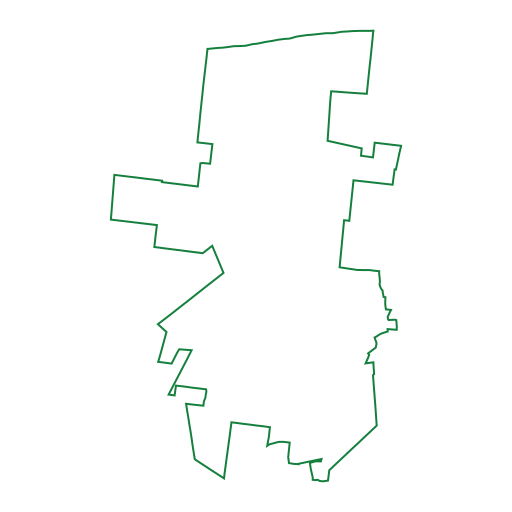 Sinanché, Yucatán, Mexico (orthographic projection)
{"feature_id": "50627088B40588220742551", "entity_name": "Sinanché", "entity_type": "district", "adm_level": 2, "iso_a3": "MEX", "parent_name": "Mexico", "parent_adm1": "Yucatán", "projection": "orthographic", "projection_center": [-89.197, 21.269], "detail": "fine", "context": "isolated", "style": "outline", "palette": "green", "viewbox_px": 512, "rotation_deg": 0, "n_neighbors": 0, "source": "geoboundaries", "source_scale": "gbopen_adm2", "svg_char_len": 3137}
<svg xmlns="http://www.w3.org/2000/svg" viewBox="0 0 512 512"><path d="M396.7,329.8L396.8,326.4L396.3,320.1L395.7,319.9L395.2,319.7L388.6,320.0L388.0,319.2L387.7,316.7L391.0,309.9L385.9,309.4L385.2,304.1L385.4,297.2L383.6,297.0L383.0,293.5L382.8,292.8L382.6,290.6L381.6,289.4L380.5,287.5L380.0,285.9L379.6,284.7L379.7,283.0L379.9,282.1L379.8,280.2L379.8,279.3L379.5,277.1L379.5,276.0L379.2,274.6L379.2,271.2L375.8,270.9L369.7,270.1L357.5,270.0L339.6,267.3L344.1,220.2L349.3,220.8L353.5,180.3L392.6,184.7L394.6,169.4L395.9,169.6L398.2,158.9L399.1,154.3L400.9,146.8L401.1,145.8L374.7,142.7L373.0,157.4L361.0,155.7L361.7,148.4L352.7,146.4L327.6,140.8L329.2,117.0L330.2,101.7L330.7,96.1L331.2,91.3L334.1,91.5L340.9,92.0L350.0,92.7L366.8,93.8L368.2,80.2L370.1,61.9L370.4,59.9L372.0,44.2L372.3,41.3L373.1,32.7L373.4,30.7L373.2,30.7L369.1,30.9L358.5,30.9L351.8,31.1L348.7,31.4L341.3,31.8L335.5,32.8L332.7,33.2L330.3,33.2L326.0,33.2L312.2,34.7L306.7,35.1L297.0,36.5L289.6,38.6L284.7,38.9L278.2,39.7L272.8,40.8L265.2,42.0L257.1,43.7L252.8,44.1L245.9,45.7L241.3,46.0L233.7,46.2L228.1,47.0L223.4,47.6L218.7,47.9L216.0,48.1L208.1,48.9L207.5,48.9L206.9,54.1L206.7,56.2L206.2,60.5L204.9,71.6L204.1,78.4L203.2,86.3L202.5,93.2L201.8,99.7L201.5,102.5L201.2,105.5L200.7,110.2L200.1,116.0L199.2,125.5L199.0,126.8L197.4,142.4L202.8,143.0L212.4,144.1L210.1,163.7L202.2,163.0L200.4,163.3L197.8,186.5L161.9,182.1L162.1,180.7L114.4,174.9L110.9,219.6L156.9,225.1L155.3,238.3L155.2,239.6L154.3,247.0L156.5,247.3L160.2,247.7L160.3,247.8L202.7,253.2L212.2,245.8L223.5,272.9L206.0,286.6L188.8,300.2L180.2,306.9L174.4,311.5L168.2,316.3L160.8,322.0L158.6,323.6L157.9,324.2L166.5,332.0L160.1,355.4L158.2,361.9L161.1,362.2L171.6,363.6L177.1,352.8L179.2,349.3L190.2,350.1L191.6,350.2L186.6,360.1L168.6,394.6L174.6,395.4L174.6,395.0L175.0,392.7L175.3,390.3L176.0,385.6L181.4,386.2L186.2,386.8L188.5,387.1L190.1,387.4L194.4,387.9L195.1,388.0L206.1,389.3L206.4,391.7L205.8,394.6L205.4,397.4L205.3,397.9L204.1,400.9L203.8,402.0L203.4,405.7L200.5,405.4L188.4,404.1L186.1,403.8L186.2,404.4L186.5,406.6L186.9,409.0L187.2,411.4L187.2,411.5L187.3,411.6L187.7,413.9L188.1,416.3L188.5,419.1L188.9,421.3L189.2,423.5L189.5,425.3L190.0,428.3L190.5,431.1L191.8,439.7L192.2,442.8L193.1,448.7L194.8,459.3L212.6,471.0L221.6,476.8L224.0,478.4L224.6,473.3L229.1,440.0L229.8,435.0L230.5,429.4L231.5,422.3L237.7,423.1L244.5,424.0L249.0,424.5L256.4,425.5L260.9,426.0L265.6,426.6L269.9,427.2L268.9,436.8L268.1,440.9L267.2,445.8L269.3,444.4L278.6,441.9L284.0,441.9L289.7,442.6L288.2,457.2L289.0,463.1L293.8,463.9L297.5,464.1L298.2,464.2L298.1,463.9L311.8,461.0L321.5,459.0L320.9,461.4L315.7,461.3L309.9,462.9L310.8,469.0L312.7,477.2L312.7,479.8L315.1,480.1L317.7,479.8L319.8,481.0L323.0,481.3L328.0,480.6L329.3,470.2L352.2,448.6L358.3,443.0L361.4,440.0L376.7,425.6L375.2,404.1L374.1,390.0L373.0,375.1L374.1,374.1L373.4,363.6L373.5,363.4L373.4,362.3L365.6,363.4L368.0,358.0L369.2,354.8L368.1,353.4L375.7,347.6L376.5,343.9L376.4,342.6L375.9,341.3L374.6,337.5L376.6,336.4L377.1,336.2L378.3,335.2L381.4,333.5L387.7,331.5L387.6,329.1L396.7,329.8Z" fill="none" stroke="#15803d" stroke-width="2"/></svg>